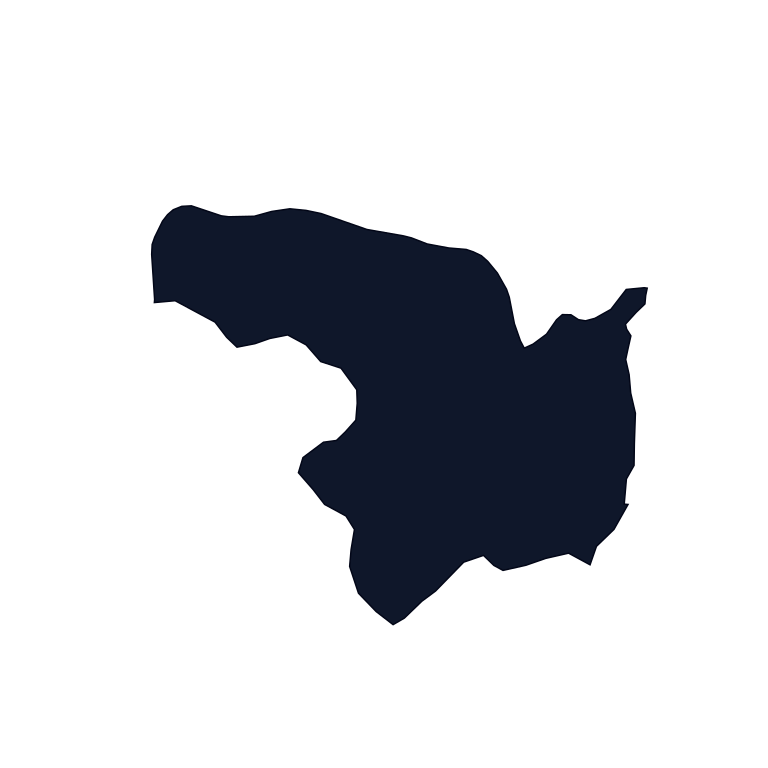 the district of Kujang, P'yŏngan-bukto, North Korea, rotated 208°
{"feature_id": "82179303B72462969749210", "entity_name": "Kujang", "entity_type": "district", "adm_level": 2, "iso_a3": "PRK", "parent_name": "North Korea", "parent_adm1": "P'yŏngan-bukto", "projection": "albers", "projection_center": [126.087, 39.934], "detail": "fine", "context": "isolated", "style": "filled", "palette": "ink", "viewbox_px": 768, "rotation_deg": 208, "n_neighbors": 0, "source": "geoboundaries", "source_scale": "gbopen_adm2", "svg_char_len": 1407}
<svg xmlns="http://www.w3.org/2000/svg" viewBox="0 0 768 768"><g transform="rotate(208 384 384)"><path d="M263.0,175.8L256.1,186.9L248.6,210.0L241.3,225.4L230.0,264.1L215.7,279.4L201.8,275.4L191.4,275.3L173.6,290.6L159.3,306.0L141.6,321.3L117.2,321.1L120.2,340.4L112.7,363.6L112.0,392.2L115.5,390.7L125.4,414.0L125.0,429.5L135.0,449.0L148.3,476.2L161.9,491.8L172.0,507.4L182.1,519.1L185.4,530.7L188.6,542.4L195.5,546.3L198.9,550.2L195.0,565.6L191.2,577.2L194.5,585.0L196.6,592.2L199.4,591.2L214.5,581.2L218.7,556.4L228.6,541.0L235.7,534.4L242.5,532.1L251.4,532.9L259.1,529.0L261.8,521.7L263.9,504.3L271.1,489.2L277.0,481.5L283.8,486.1L297.2,498.5L314.1,519.4L320.3,525.2L336.0,535.2L350.0,541.0L358.3,543.0L367.2,542.6L374.6,541.4L390.7,534.5L407.2,529.3L411.7,527.9L428.4,525.9L436.1,524.0L471.7,512.4L519.5,505.0L534.3,500.7L549.4,494.5L564.2,483.6L577.3,471.2L599.5,458.8L606.6,456.1L637.7,450.9L646.0,445.9L651.9,438.9L654.6,431.9L656.0,423.8L655.4,406.0L654.2,398.3L650.0,389.4L626.2,350.9L625.0,348.1L607.5,359.5L586.6,359.4L562.2,359.3L544.9,351.4L531.1,347.5L516.9,359.0L506.2,370.6L492.1,382.1L471.1,382.0L450.4,374.1L429.4,377.8L405.3,366.1L398.6,354.4L391.9,338.9L395.7,323.4L399.5,311.8L410.1,304.2L421.0,281.0L417.9,265.5L397.2,257.6L379.9,249.8L355.6,249.6L341.8,241.7L335.3,222.3L328.7,206.8L308.3,187.3L284.1,179.4L263.0,175.8Z" fill="#0f172a" stroke="#020617" stroke-width="1.5"/></g></svg>